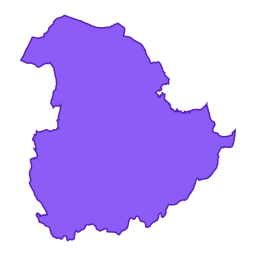 the district of Yahualica, Hidalgo, Mexico
{"feature_id": "50627088B30826569642234", "entity_name": "Yahualica", "entity_type": "district", "adm_level": 2, "iso_a3": "MEX", "parent_name": "Mexico", "parent_adm1": "Hidalgo", "projection": "robinson", "projection_center": [-98.388, 20.92], "detail": "fine", "context": "isolated", "style": "filled", "palette": "violet", "viewbox_px": 256, "rotation_deg": 0, "n_neighbors": 0, "source": "geoboundaries", "source_scale": "gbopen_adm2", "svg_char_len": 5716}
<svg xmlns="http://www.w3.org/2000/svg" viewBox="0 0 256 256"><path d="M32.3,37.2L29.7,43.3L28.2,45.9L28.0,46.9L26.8,48.2L23.5,55.8L20.8,60.2L27.1,63.1L31.1,63.0L33.1,63.8L34.0,64.0L35.7,65.0L37.3,66.8L38.2,67.1L39.4,66.9L41.5,65.8L43.2,64.5L45.1,63.7L46.1,63.4L47.0,63.5L47.4,63.3L48.0,63.6L48.8,63.5L49.8,63.2L50.3,62.7L50.3,63.2L53.8,67.8L55.4,76.2L56.3,79.3L56.5,82.7L56.8,83.7L56.0,86.5L56.1,87.6L55.8,88.8L55.4,89.7L53.4,91.6L53.2,94.4L52.9,95.7L52.0,98.8L51.3,100.2L51.3,102.8L50.8,103.4L52.5,105.7L52.9,106.5L53.0,107.4L53.2,107.8L54.7,106.2L55.7,105.9L58.8,106.0L59.6,105.8L60.4,105.5L60.8,105.0L60.1,110.5L58.9,114.7L58.2,118.6L58.2,119.3L58.9,119.7L57.0,120.3L57.9,122.8L58.2,127.3L58.5,127.9L57.6,127.9L56.5,129.4L55.7,130.1L53.8,129.8L51.5,131.0L50.4,131.2L49.6,131.1L46.6,129.7L45.3,130.0L44.2,130.6L39.7,132.0L37.1,131.5L36.5,131.0L36.0,134.9L34.4,134.6L34.1,136.8L33.2,137.9L32.7,139.9L33.6,140.6L34.0,140.6L34.1,140.3L34.8,141.6L34.6,143.8L35.3,144.3L35.9,146.9L36.1,149.3L34.1,148.6L34.4,149.4L35.3,150.6L35.5,151.2L36.0,151.8L36.9,153.3L37.3,154.8L37.4,156.5L37.3,156.8L36.9,157.0L36.9,157.4L34.6,158.6L34.3,158.7L34.4,157.9L31.6,158.7L30.5,159.5L30.7,160.7L30.4,161.2L30.9,162.1L31.6,165.1L31.3,169.0L30.4,169.4L30.1,171.2L29.5,172.2L29.6,174.4L30.6,179.3L30.6,180.1L30.3,181.4L29.4,182.7L30.6,185.9L34.2,192.3L34.5,194.3L35.0,195.4L35.8,195.9L36.1,197.0L37.8,200.0L39.1,200.8L41.2,202.7L46.3,211.7L47.3,214.9L47.1,215.0L45.9,214.5L45.0,215.1L43.2,214.9L40.7,216.3L40.2,216.3L40.0,216.2L39.9,215.8L40.6,215.5L40.5,215.1L39.0,214.1L38.5,213.4L37.7,213.2L36.5,213.7L36.4,214.1L36.6,214.8L36.3,215.1L36.9,216.4L37.9,217.5L38.4,218.5L39.1,220.8L39.0,221.6L40.2,222.4L41.6,222.7L43.6,223.6L45.0,225.3L46.3,226.0L48.7,226.9L50.0,228.3L50.7,232.0L51.2,233.4L52.7,235.9L54.1,237.0L56.9,238.3L57.4,237.8L58.1,237.7L59.3,238.0L60.6,239.0L61.4,239.0L62.4,238.3L63.5,236.1L64.6,235.9L66.3,236.4L66.8,237.7L66.8,238.8L67.3,240.3L67.9,240.6L69.1,239.6L69.8,239.2L70.4,239.1L71.1,239.7L72.3,239.8L73.7,239.2L74.4,237.7L74.8,233.4L75.4,231.3L76.3,231.0L76.5,231.4L77.8,232.0L79.1,231.8L81.8,229.7L83.4,229.5L85.3,227.2L85.5,226.0L85.9,225.2L87.0,224.5L88.9,225.0L91.5,224.2L93.3,224.0L93.7,224.3L94.4,225.5L95.7,226.3L96.2,227.2L96.2,228.6L97.5,229.7L98.7,229.9L99.5,230.8L100.2,230.9L102.3,229.9L103.4,229.6L104.2,228.9L105.1,228.6L107.0,229.4L107.2,231.7L115.5,232.2L115.7,232.5L117.3,233.4L118.5,234.7L119.5,234.5L120.6,232.5L122.0,231.0L123.3,230.6L125.2,229.7L126.2,229.0L127.5,227.4L129.2,219.9L130.1,218.4L131.0,218.1L131.9,218.3L133.8,219.2L134.2,219.1L135.3,218.3L135.4,217.5L136.2,216.5L137.2,216.0L138.4,216.6L139.1,217.8L140.0,220.2L140.5,221.0L144.2,222.1L145.1,222.8L145.7,224.7L145.7,226.4L146.0,227.0L147.0,227.2L148.5,227.0L149.8,226.5L150.9,224.4L152.7,222.6L157.3,220.2L158.4,217.8L158.7,214.6L160.2,213.2L161.2,213.4L161.6,214.6L161.3,215.6L161.5,216.4L162.2,217.2L162.7,217.3L163.4,216.9L164.2,216.2L165.3,214.4L165.4,213.6L165.8,213.2L166.0,212.2L165.6,210.8L165.6,210.2L165.8,209.6L166.7,208.6L168.7,204.4L169.3,204.3L169.7,204.6L171.6,204.9L174.2,204.7L176.9,203.7L178.8,201.8L180.9,200.6L182.1,200.1L183.5,200.0L184.3,200.2L186.1,199.7L187.7,197.7L189.2,194.9L193.3,188.9L194.5,185.1L195.2,183.6L195.7,180.9L197.0,178.6L197.5,178.2L198.0,178.2L199.0,180.2L201.2,179.7L202.6,179.1L203.6,178.9L206.3,178.7L208.5,177.6L209.4,176.4L210.1,175.8L210.2,176.0L212.4,173.5L212.4,172.9L216.0,168.6L216.6,167.3L217.2,165.5L217.9,162.2L217.8,160.0L218.0,158.3L218.8,156.5L217.5,154.4L221.3,147.4L223.7,147.6L223.8,146.9L229.5,147.3L231.9,146.7L232.8,145.1L233.7,142.0L234.8,135.3L235.2,130.2L232.3,132.8L232.5,134.9L227.6,136.4L223.0,136.8L220.5,136.2L218.5,135.0L217.8,133.3L216.8,133.0L215.8,133.1L215.1,132.6L213.6,132.4L212.7,130.9L212.8,128.8L214.9,124.9L214.6,122.8L213.1,121.5L212.4,121.4L211.5,120.6L210.6,119.0L209.8,116.9L209.1,113.0L208.4,111.2L207.3,106.5L206.7,104.9L206.7,103.9L205.9,105.2L201.9,109.0L201.0,109.4L198.7,109.8L196.7,109.3L194.4,109.8L192.7,109.8L190.9,110.8L189.6,111.0L189.7,112.4L189.4,112.9L188.3,111.3L187.0,112.0L184.5,111.4L185.1,113.1L184.1,112.8L181.6,112.7L180.9,111.9L181.1,111.3L179.5,111.4L179.0,111.3L178.9,111.0L178.3,110.7L178.2,111.3L177.7,111.9L177.4,111.5L176.9,111.5L177.6,110.2L177.0,109.2L175.9,111.3L175.0,111.6L175.1,111.0L173.7,110.4L173.0,110.4L172.7,110.1L172.9,109.7L171.8,109.3L172.2,108.9L170.7,108.1L170.6,106.7L169.8,105.5L170.1,105.6L169.9,104.8L170.0,104.6L169.2,104.0L169.2,103.3L166.4,101.4L166.7,101.2L164.4,99.3L164.8,94.1L162.9,94.3L162.6,93.0L162.1,92.9L162.4,94.5L161.5,94.5L160.7,95.2L161.0,96.1L160.2,96.6L159.6,96.1L158.9,97.2L158.3,96.8L158.0,95.4L158.3,95.0L155.4,92.9L156.8,91.4L159.0,89.9L159.6,91.0L161.1,90.1L161.6,89.2L161.6,88.8L160.7,87.6L161.4,86.7L161.7,85.6L163.2,84.4L164.1,84.3L165.2,83.7L165.8,84.0L166.0,84.4L167.2,83.2L168.5,83.9L168.7,81.4L168.4,80.8L169.1,79.3L167.8,77.8L164.7,75.1L164.6,73.6L164.8,73.0L164.5,72.5L162.8,71.0L162.4,68.7L161.4,66.1L159.5,62.7L158.2,62.0L157.5,61.9L155.3,62.8L153.6,62.3L151.6,63.2L150.8,63.1L150.4,62.5L149.3,59.2L147.7,57.1L145.8,53.1L145.2,50.0L141.8,44.8L140.1,43.4L138.2,42.7L136.9,41.7L134.3,40.4L130.0,37.2L123.7,36.0L123.3,35.5L124.4,32.7L124.6,30.7L124.7,28.4L122.6,26.6L117.6,23.1L117.0,23.9L116.0,24.2L115.0,24.2L114.2,24.6L113.4,25.6L111.0,26.3L110.8,26.6L109.7,27.1L107.9,27.6L106.9,27.2L105.2,27.5L104.7,27.8L103.0,27.9L97.4,27.7L91.0,25.7L90.0,24.8L82.7,22.0L81.7,21.2L79.9,20.7L79.7,20.8L64.3,15.4L62.2,17.0L57.8,18.2L55.5,19.6L54.9,20.5L54.0,21.3L53.4,22.8L53.3,23.7L53.1,24.4L52.4,24.5L49.0,28.0L48.5,30.2L47.7,31.3L47.2,31.7L46.6,32.6L44.3,33.8L43.9,34.4L44.1,36.6L37.9,38.4L34.6,37.5L32.3,37.2Z" fill="#8b5cf6" stroke="#5b21b6" stroke-width="1.5"/></svg>